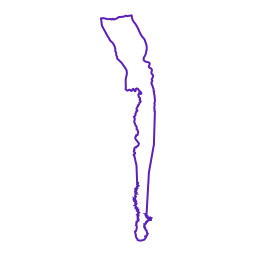 outline of La Tola, Nariño, Colombia
{"feature_id": "7082276B35669712343607", "entity_name": "La Tola", "entity_type": "district", "adm_level": 2, "iso_a3": "COL", "parent_name": "Colombia", "parent_adm1": "Nariño", "projection": "mercator", "projection_center": [-78.206, 2.35], "detail": "fine", "context": "isolated", "style": "outline", "palette": "violet", "viewbox_px": 256, "rotation_deg": 0, "n_neighbors": 0, "source": "geoboundaries", "source_scale": "gbopen_adm2", "svg_char_len": 5787}
<svg xmlns="http://www.w3.org/2000/svg" viewBox="0 0 256 256"><path d="M146.6,213.5L148.9,172.6L153.9,144.5L154.9,111.5L154.4,111.0L154.7,109.4L154.4,108.6L154.3,107.2L154.7,104.7L154.4,103.4L155.0,101.0L154.5,95.5L154.0,93.2L154.1,91.5L153.5,90.9L153.7,90.2L153.5,88.9L152.7,86.9L152.7,86.2L152.2,85.6L151.9,84.3L151.5,83.9L151.5,82.4L152.1,81.6L152.3,80.7L151.7,79.6L151.7,79.3L152.6,77.8L153.1,76.1L152.9,75.2L151.6,73.6L151.4,73.1L151.5,71.8L151.9,70.6L151.8,69.5L151.3,68.7L149.3,67.5L148.8,67.0L148.8,66.1L149.5,64.8L149.7,64.0L149.6,63.3L149.3,62.7L148.3,62.3L145.4,61.6L144.1,60.6L143.6,59.7L143.8,57.6L145.1,55.5L145.8,53.7L146.7,49.4L146.7,46.7L146.4,44.7L144.7,39.9L144.0,38.7L141.8,36.2L140.9,34.7L139.2,31.3L139.0,30.5L137.7,27.8L135.6,24.2L134.2,22.5L132.7,20.0L131.9,17.6L131.8,16.0L131.5,15.4L126.7,16.2L126.2,15.8L125.4,15.8L123.3,16.8L122.1,16.7L120.6,17.0L119.0,17.0L116.5,18.6L114.4,19.3L113.4,19.3L112.9,18.8L112.1,19.4L111.6,19.5L111.1,19.0L110.8,18.9L109.5,19.1L107.5,19.1L103.8,18.2L102.4,18.2L101.0,18.4L101.8,24.9L102.2,26.2L107.8,36.6L108.5,37.3L109.6,39.7L110.7,41.1L111.9,42.1L113.5,44.0L114.6,46.4L115.2,48.3L115.3,51.0L116.2,53.1L116.2,55.2L117.1,57.0L117.2,58.6L120.1,61.3L121.9,63.2L125.4,68.2L126.7,70.6L126.9,73.8L125.7,79.1L125.7,84.9L125.9,86.7L125.6,89.2L126.7,90.4L127.8,90.5L129.1,89.8L129.5,89.7L130.2,90.0L131.0,90.8L131.4,90.9L131.8,90.7L132.1,90.2L132.6,89.2L133.4,89.0L133.7,89.3L134.5,90.9L135.1,91.2L135.4,91.1L135.6,90.6L136.0,88.8L136.4,88.6L137.2,88.5L138.0,89.0L138.4,89.4L138.7,90.3L140.1,91.4L141.3,93.1L141.1,93.8L140.4,94.0L140.0,93.8L139.7,92.9L139.3,92.7L138.9,93.8L138.3,94.9L138.3,95.4L138.8,96.3L138.9,97.1L139.2,97.6L140.0,98.2L140.1,99.3L139.7,100.0L140.4,100.8L140.7,101.5L140.5,101.9L139.4,102.6L139.5,103.4L139.3,103.8L138.7,104.8L138.0,105.2L138.2,105.9L137.5,106.5L137.3,107.2L136.7,108.1L136.5,109.1L137.4,110.7L136.2,111.5L136.2,112.5L135.5,113.3L135.4,114.2L135.6,114.6L135.4,115.4L134.8,116.2L133.9,116.9L134.5,117.9L134.8,119.1L134.2,121.9L134.6,122.5L134.6,123.0L134.8,123.2L135.6,125.6L136.4,126.2L136.8,128.1L136.5,129.1L136.6,129.3L137.6,130.1L138.2,132.1L137.7,134.5L137.4,135.1L136.4,135.1L136.1,135.3L136.0,135.7L136.0,136.4L135.4,137.0L135.2,137.5L135.3,138.3L135.7,139.4L137.2,141.0L137.5,141.8L138.1,142.3L138.9,143.6L138.3,145.6L137.3,146.3L136.5,146.5L136.3,147.3L135.3,147.3L134.7,147.7L134.4,148.7L134.4,149.1L134.1,149.6L134.4,150.3L133.8,151.3L134.1,152.0L134.9,152.6L134.8,152.9L135.1,153.3L134.9,153.8L133.9,154.4L133.6,155.0L134.0,155.7L134.4,156.0L134.6,156.5L134.5,157.0L134.7,157.4L136.5,165.7L137.1,182.3L137.5,181.8L137.4,182.2L137.9,182.7L137.7,182.8L137.6,183.2L137.9,183.5L137.5,184.2L137.6,184.5L137.3,184.3L137.2,184.4L137.8,185.0L137.5,185.0L137.4,185.4L137.7,185.8L137.3,185.8L137.2,186.2L137.3,186.6L136.9,186.9L137.2,187.8L136.6,187.7L136.6,188.2L136.2,188.4L136.4,188.9L136.0,188.9L136.2,189.3L135.9,189.8L135.5,189.7L135.6,190.0L135.4,190.2L135.5,190.4L135.8,190.2L135.9,190.3L135.7,190.7L136.0,190.8L135.9,190.9L136.1,191.6L135.7,191.5L135.4,191.7L135.8,192.1L135.6,192.1L135.7,192.7L135.3,192.6L135.6,193.4L135.9,193.6L135.6,193.6L135.5,193.9L135.6,194.4L135.3,195.0L135.3,195.4L135.5,196.2L135.8,196.5L135.6,196.7L135.5,197.1L135.2,197.1L135.3,197.4L135.0,198.7L134.8,198.7L135.0,199.1L134.5,198.8L134.5,199.1L134.0,198.8L134.1,199.1L133.8,199.5L134.2,199.6L134.2,200.1L134.5,199.8L134.6,200.6L134.9,200.7L135.1,201.0L135.1,201.3L135.9,201.9L135.5,202.2L135.5,202.5L135.3,202.6L135.4,203.0L135.8,203.3L135.5,203.7L135.7,203.8L135.7,204.4L135.4,204.7L135.9,204.6L135.4,205.3L135.4,205.9L135.8,206.4L135.6,207.1L136.0,207.1L135.9,207.6L136.2,207.4L136.5,207.8L136.9,208.0L136.6,208.2L136.9,208.5L136.9,209.1L137.1,208.9L137.2,209.1L137.1,209.7L137.3,209.7L137.1,209.9L138.0,210.2L138.0,210.9L138.3,210.8L138.2,211.8L138.5,212.1L138.2,212.1L138.3,212.2L138.4,212.8L138.2,212.8L137.9,213.5L138.1,213.9L137.8,214.1L138.0,214.4L137.8,214.5L138.0,214.6L137.9,214.8L138.4,215.3L138.2,215.7L138.4,215.8L138.1,216.4L137.9,216.4L138.1,216.6L138.0,216.8L137.8,217.0L137.7,217.1L137.7,217.5L137.9,217.5L137.6,218.1L138.6,219.3L138.5,219.8L138.2,219.9L138.3,220.3L137.8,220.2L137.9,220.8L137.3,221.1L137.2,221.6L137.0,222.1L136.7,222.0L136.7,222.3L136.4,222.3L136.3,223.8L136.5,224.4L136.0,225.2L136.5,225.6L136.7,226.3L136.8,227.6L136.7,227.9L136.7,228.6L136.0,230.9L135.5,231.1L135.0,231.6L135.2,232.1L135.1,232.5L135.5,233.5L135.5,234.0L135.8,234.6L135.9,236.7L136.3,237.3L136.5,237.9L137.1,238.6L137.6,239.9L138.4,240.3L139.4,240.5L141.2,240.6L144.3,239.6L145.4,238.4L145.5,237.5L145.3,236.9L145.6,236.9L145.6,236.5L146.2,236.7L146.4,235.6L146.9,235.4L147.0,235.0L147.3,234.7L147.3,234.4L147.7,233.6L147.2,233.4L147.3,233.1L146.4,230.7L146.5,230.5L145.8,229.8L145.8,229.5L145.5,229.3L145.5,229.1L145.1,228.7L145.1,227.7L144.8,227.7L144.8,227.9L144.6,227.7L144.6,227.2L144.3,227.0L144.5,226.7L144.3,226.3L144.5,226.2L144.5,225.9L144.3,225.2L145.0,224.5L144.7,224.2L145.3,224.1L145.5,223.7L145.8,223.6L146.0,223.1L145.8,222.9L146.1,222.6L146.1,222.3L146.4,222.3L146.9,221.7L147.2,221.7L147.3,221.1L147.5,221.0L147.2,220.9L147.5,220.5L147.8,220.3L148.4,220.1L148.7,220.4L149.0,220.3L149.2,220.2L149.4,219.9L150.2,220.0L150.3,220.0L150.1,219.7L150.6,219.0L150.6,218.8L150.9,218.9L150.9,218.5L151.1,218.3L150.7,218.2L150.9,217.9L150.2,217.8L150.1,217.5L149.7,217.6L149.6,217.9L149.3,217.7L149.2,217.9L149.0,218.0L148.7,217.8L148.5,218.1L148.2,218.1L148.2,217.7L147.9,217.8L147.8,217.5L147.5,217.8L147.3,217.5L147.5,217.4L147.0,217.2L146.9,217.0L146.6,217.1L146.6,216.8L146.4,216.9L146.1,216.3L146.5,216.4L146.7,216.0L146.5,215.9L146.7,215.7L146.0,215.5L145.8,214.7L146.0,214.3L145.7,214.1L146.1,214.1L146.0,213.7L146.2,213.4L146.6,213.5Z" fill="none" stroke="#5b21b6" stroke-width="2"/></svg>